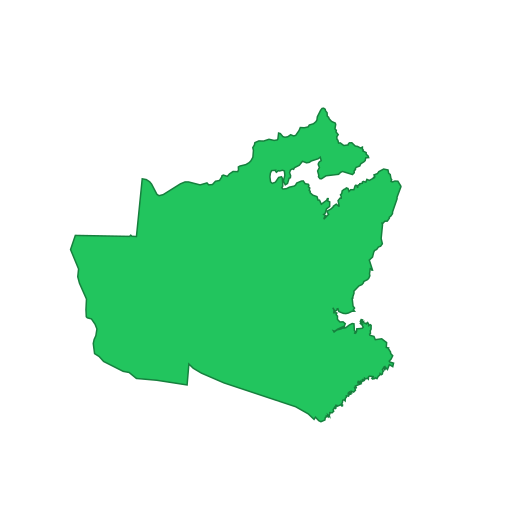 Manurewa Local Board Area, Auckland, New Zealand, rotated 206°
{"feature_id": "76426892B47640846355576", "entity_name": "Manurewa Local Board Area", "entity_type": "district", "adm_level": 2, "iso_a3": "NZL", "parent_name": "New Zealand", "parent_adm1": "Auckland", "projection": "equal_earth", "projection_center": [174.869, -37.024], "detail": "fine", "context": "isolated", "style": "filled", "palette": "green", "viewbox_px": 512, "rotation_deg": 206, "n_neighbors": 0, "source": "geoboundaries", "source_scale": "gbopen_adm2", "svg_char_len": 6131}
<svg xmlns="http://www.w3.org/2000/svg" viewBox="0 0 512 512"><g transform="rotate(206 256 256)"><path d="M290.8,100.8L261.4,109.9L269.0,129.5L263.2,127.6L253.7,126.8L229.2,127.9L154.3,137.9L139.8,137.0L132.2,134.6L131.9,137.2L127.4,135.5L125.0,135.5L122.2,138.8L122.9,141.2L122.3,142.1L122.7,143.1L120.8,143.0L122.0,144.7L119.5,143.9L120.5,145.2L120.4,146.5L121.0,147.6L118.9,148.4L118.1,150.5L119.3,151.6L119.0,154.5L117.9,153.6L117.5,154.3L118.8,156.8L117.8,157.2L117.1,156.6L114.4,159.6L113.3,158.8L112.6,159.2L112.9,160.1L114.4,160.1L114.0,161.8L114.8,164.4L113.7,165.3L112.4,164.9L113.3,167.2L112.9,168.8L113.5,169.9L111.4,170.6L111.5,172.4L110.3,173.4L110.8,173.8L112.7,172.5L113.0,173.2L112.4,174.9L110.1,174.9L111.0,176.2L108.6,176.5L107.8,179.0L109.8,181.1L109.2,181.7L107.6,181.2L109.6,182.8L106.0,186.8L108.9,186.6L109.2,188.1L108.5,188.5L107.2,187.7L107.0,189.0L106.3,187.6L105.8,187.8L105.8,189.8L104.8,190.7L106.0,191.3L105.9,191.9L104.4,192.1L103.8,191.2L104.9,193.8L103.5,193.6L102.3,195.0L101.1,194.6L101.9,196.9L101.5,197.7L97.8,199.0L97.6,198.0L98.3,196.9L97.4,196.5L95.6,197.8L95.4,198.8L93.5,198.8L93.4,201.4L92.5,203.4L92.9,204.7L91.3,204.3L90.7,205.3L91.3,207.4L91.0,208.4L92.6,209.3L92.2,212.6L91.7,213.2L91.2,212.8L91.1,210.5L90.4,210.2L90.1,212.4L88.1,211.6L88.5,216.8L84.6,216.5L85.4,220.0L89.2,219.4L90.2,219.9L89.4,222.5L89.4,226.3L92.2,227.4L93.1,228.8L96.4,230.7L96.5,231.5L98.8,230.9L100.6,235.4L106.7,236.7L112.1,233.1L114.7,235.4L118.9,234.7L119.7,235.6L119.2,236.6L120.5,238.9L120.5,240.7L122.1,244.1L123.1,244.4L124.2,242.8L124.8,244.1L126.4,245.1L126.5,244.3L127.3,244.1L127.1,243.4L130.5,243.2L130.6,244.2L131.5,243.4L131.7,244.4L132.9,244.4L132.6,245.2L133.6,245.0L133.6,243.1L132.8,243.2L132.7,241.2L132.0,241.2L132.2,242.3L131.5,242.8L131.6,240.9L130.3,241.1L130.3,240.3L128.4,239.1L128.8,237.6L133.5,234.7L132.6,232.6L132.5,230.7L133.0,229.9L133.5,229.9L133.6,231.8L134.9,232.1L138.2,238.0L139.9,237.5L141.8,235.0L143.9,230.8L146.2,229.3L145.3,231.8L147.7,227.6L150.9,225.0L152.5,221.9L153.7,222.7L152.2,222.9L150.7,225.9L145.9,231.7L146.1,234.3L148.9,235.0L151.6,233.5L155.0,234.7L156.4,237.7L158.1,238.3L158.5,239.9L157.9,240.5L161.2,239.1L161.9,241.3L164.3,243.2L160.6,240.9L159.6,242.9L159.9,244.1L159.3,244.6L157.2,242.4L152.4,242.7L150.0,243.6L148.0,245.2L145.5,248.4L143.3,249.6L144.9,250.3L144.6,252.4L146.8,253.5L151.0,260.1L150.5,260.8L151.0,261.1L151.6,265.5L152.6,267.3L150.4,274.2L148.3,276.7L147.7,279.0L148.0,280.3L145.4,283.7L144.9,285.4L145.0,288.1L146.2,289.8L147.8,294.8L146.8,295.3L145.7,294.1L145.1,294.4L152.4,302.0L150.8,306.1L151.9,311.2L151.8,313.0L150.4,314.8L149.9,317.8L148.3,319.4L147.8,322.4L151.2,326.6L156.0,339.6L157.1,340.8L156.2,341.2L155.5,343.7L153.3,344.9L152.7,348.4L153.2,349.2L152.3,351.1L151.9,353.9L152.6,355.5L154.3,369.3L155.0,370.5L156.1,381.8L156.7,382.5L161.3,385.4L164.1,384.2L165.8,382.4L167.3,382.2L167.5,384.1L168.6,384.7L171.1,388.1L173.0,388.5L175.1,391.2L179.4,390.1L182.6,385.7L183.0,383.3L185.5,380.6L184.1,379.5L184.7,378.3L184.0,378.2L187.3,373.6L189.9,373.5L189.7,370.5L192.2,370.1L192.8,369.1L192.3,367.9L194.4,366.5L194.1,365.4L194.9,365.0L195.3,364.0L194.5,361.8L196.4,363.5L197.3,363.4L197.7,362.5L197.1,358.5L200.0,357.1L200.7,354.8L202.9,357.0L204.7,356.8L204.9,355.6L205.9,354.8L207.1,352.3L206.3,349.7L206.9,348.0L205.5,346.9L204.8,345.3L205.8,344.9L206.5,341.7L203.2,337.4L203.6,337.0L206.6,337.8L208.3,334.6L208.0,334.2L209.4,330.9L211.6,327.7L211.1,326.5L209.0,325.3L211.2,318.8L211.5,321.4L210.8,322.7L213.4,323.0L212.6,324.6L213.3,329.3L211.5,332.8L213.5,337.0L215.6,336.9L216.3,339.2L217.0,338.9L216.9,337.1L220.0,331.2L223.4,334.0L224.7,333.4L227.2,336.1L231.6,335.6L235.1,336.6L235.7,338.0L236.9,338.2L237.5,340.7L239.2,341.1L239.5,342.8L240.5,343.4L243.5,342.5L246.4,344.2L248.1,343.2L251.4,339.4L251.5,337.1L252.3,335.6L256.2,332.5L258.0,330.0L261.1,328.0L262.8,328.7L262.5,330.1L263.0,331.4L266.4,337.4L267.8,338.4L270.1,336.5L270.9,330.8L273.2,328.4L275.4,329.0L278.2,333.2L279.4,336.8L279.4,339.6L276.1,341.6L276.1,341.1L274.4,340.2L273.3,342.5L272.0,342.8L269.8,344.7L267.8,344.9L265.4,341.1L264.3,335.4L260.9,332.8L259.5,335.0L260.3,340.4L259.4,341.4L260.1,343.4L262.4,345.6L262.7,348.5L261.3,350.4L260.2,350.4L260.2,352.2L256.9,356.5L255.7,361.5L251.4,361.9L249.2,363.5L247.9,365.7L242.7,370.7L241.6,373.0L239.2,370.3L240.3,368.5L240.5,366.6L240.1,365.4L237.8,363.4L237.9,359.4L235.0,356.1L234.6,354.6L232.4,353.5L231.0,354.1L228.2,358.8L217.6,365.6L216.6,368.3L215.3,369.9L205.0,371.5L204.2,373.9L205.1,375.4L204.5,377.2L205.0,377.4L204.9,379.5L202.2,382.4L202.3,384.7L200.2,388.2L199.7,389.7L200.4,392.3L197.9,393.8L199.0,395.0L201.6,395.8L202.3,397.2L206.0,397.3L206.1,398.3L207.1,398.6L208.1,400.5L209.4,398.9L212.9,399.0L214.9,398.3L219.5,399.8L221.6,398.7L222.1,397.6L221.9,396.2L225.5,393.8L229.8,394.6L231.3,393.7L233.2,396.0L234.3,396.3L235.7,398.6L235.3,401.1L238.5,402.6L238.9,404.2L240.8,404.9L242.0,409.1L243.0,410.2L247.1,410.1L250.4,411.4L251.5,412.5L253.3,413.0L254.9,415.9L257.2,417.0L258.1,418.2L260.0,418.5L261.3,417.6L261.8,415.4L261.9,408.0L260.9,405.1L261.0,403.1L262.3,400.1L265.5,397.1L265.8,394.8L268.9,392.4L272.5,390.9L272.3,387.7L273.2,381.8L274.8,380.4L278.0,380.2L279.7,377.1L282.1,375.4L284.2,375.1L287.8,376.7L289.6,376.4L287.6,370.8L287.9,369.5L290.4,367.8L295.5,366.6L299.6,362.6L303.9,360.7L306.7,357.4L306.1,355.0L306.4,352.0L304.6,349.8L302.1,343.4L302.3,339.3L303.1,336.9L305.2,333.7L309.9,329.8L310.9,328.3L309.5,325.7L309.4,323.8L313.7,321.9L315.8,318.2L316.7,315.0L320.9,314.4L321.8,313.0L321.4,312.2L321.9,307.9L325.2,305.4L326.5,301.1L329.7,299.2L332.1,300.2L337.4,295.4L349.1,293.0L352.3,291.4L355.6,287.7L366.3,270.5L369.6,267.7L372.1,268.0L381.3,274.8L384.1,276.1L388.1,276.6L392.1,275.5L372.0,221.1L376.2,219.3L377.7,219.8L378.2,218.2L427.4,195.3L425.5,180.5L409.8,166.6L407.1,159.2L402.7,154.1L389.5,143.0L385.3,133.2L381.9,127.0L380.5,126.5L376.3,127.3L370.7,124.1L367.0,120.7L365.0,114.2L364.9,110.1L363.9,106.0L358.3,97.5L352.9,96.9L346.7,94.4L324.8,94.1L319.0,95.7L309.8,93.5L290.8,100.8Z" fill="#22c55e" stroke="#15803d" stroke-width="1.5"/></g></svg>